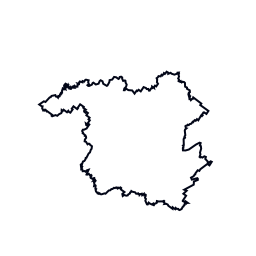 the district of Cowra, New South Wales, Australia, rotated 206°
{"feature_id": "25037944B9471741195126", "entity_name": "Cowra", "entity_type": "district", "adm_level": 2, "iso_a3": "AUS", "parent_name": "Australia", "parent_adm1": "New South Wales", "projection": "equal_earth", "projection_center": [148.827, -33.811], "detail": "fine", "context": "isolated", "style": "outline", "palette": "ink", "viewbox_px": 256, "rotation_deg": 206, "n_neighbors": 0, "source": "geoboundaries", "source_scale": "gbopen_adm2", "svg_char_len": 5810}
<svg xmlns="http://www.w3.org/2000/svg" viewBox="0 0 256 256"><g transform="rotate(206 128 128)"><path d="M218.1,110.2L215.0,109.7L214.3,110.0L213.8,108.1L211.9,106.6L211.4,107.6L210.5,107.2L210.0,108.2L208.4,107.3L208.2,107.7L201.9,106.6L202.0,105.5L201.3,105.3L198.8,107.8L196.9,108.0L196.0,110.2L194.5,112.1L194.6,114.2L195.2,114.3L195.5,115.1L194.1,114.8L193.9,116.2L189.7,115.4L189.2,117.3L187.9,116.5L186.5,116.5L185.9,120.4L187.0,120.7L186.5,123.6L181.9,122.7L181.7,123.7L182.1,123.8L181.4,128.3L177.0,127.6L177.1,126.6L174.1,126.0L175.1,124.7L174.6,123.5L172.9,123.1L172.7,124.3L170.6,123.9L171.0,121.2L167.0,120.4L167.3,118.5L165.7,118.2L166.3,114.6L164.3,114.2L164.5,113.0L167.8,113.6L166.8,112.3L164.6,112.5L165.0,109.4L166.7,107.3L167.8,106.7L167.9,105.2L166.3,104.0L166.4,103.5L163.2,102.7L163.3,102.0L162.0,101.9L161.3,100.8L161.7,98.8L161.1,97.0L159.7,97.2L157.2,95.6L156.6,96.6L155.7,96.9L154.8,96.3L152.4,95.8L151.6,93.3L151.9,92.1L151.5,89.4L152.2,87.8L152.3,83.0L152.9,82.6L152.5,81.1L152.8,79.2L153.8,78.1L153.4,75.1L154.0,75.2L154.4,74.4L153.5,73.0L153.0,73.6L152.2,73.3L152.4,71.7L152.0,71.7L151.8,70.3L150.9,70.7L149.8,69.3L148.1,70.3L147.0,70.1L146.5,71.8L145.1,73.2L144.9,68.0L144.3,68.1L143.1,69.6L141.1,68.6L140.6,69.6L140.0,69.4L139.8,68.6L140.1,67.3L139.6,66.8L137.3,66.7L137.2,67.6L136.4,68.2L135.8,67.1L136.0,65.9L135.0,67.0L134.0,66.4L134.2,65.2L134.8,64.3L133.5,62.7L133.1,61.2L132.3,62.2L131.9,62.1L130.8,59.3L129.9,59.2L130.0,58.2L129.0,57.0L127.8,56.4L126.8,56.7L126.5,55.9L125.4,56.0L124.9,56.9L123.9,56.4L122.7,56.8L120.5,58.9L119.4,59.1L117.9,63.4L116.6,64.3L116.2,65.8L115.2,66.4L114.4,68.1L113.4,68.2L112.6,69.4L111.0,69.0L110.8,70.1L109.8,69.9L108.8,71.3L107.8,71.1L107.6,69.8L106.8,69.5L103.1,68.9L104.2,66.2L102.9,64.6L102.1,66.1L99.9,66.4L98.7,67.3L98.7,68.3L97.6,70.0L97.9,70.9L97.4,71.5L97.4,72.8L96.3,72.6L93.5,73.3L91.8,72.5L90.2,73.7L89.7,73.1L88.8,73.6L88.3,72.9L88.0,73.9L86.8,75.0L85.8,73.8L84.9,75.7L84.7,75.3L83.9,75.6L83.7,74.8L82.7,75.5L82.3,74.7L82.5,74.2L82.1,72.7L80.8,72.1L80.5,70.2L77.5,67.7L76.8,67.9L76.7,70.0L76.0,69.8L76.0,69.3L75.6,69.7L73.2,69.7L72.5,70.7L72.3,70.0L71.7,69.9L71.6,70.5L71.4,69.9L70.9,70.0L70.9,71.6L69.4,73.2L70.0,75.0L69.6,75.1L69.3,74.2L69.0,75.0L64.8,77.2L63.8,78.3L63.4,78.2L63.2,76.8L61.8,76.5L61.9,75.7L60.5,76.6L58.7,76.6L57.7,75.8L52.5,74.9L53.0,76.3L49.8,75.7L49.5,76.5L50.0,76.5L50.0,77.0L49.1,76.6L47.4,77.3L46.7,76.8L45.6,76.9L44.3,78.7L44.3,80.8L43.7,81.9L44.0,82.8L43.4,83.5L43.8,84.8L43.4,84.7L43.0,85.9L42.5,85.8L42.5,86.3L41.4,86.9L44.4,87.4L44.5,86.4L46.7,86.3L46.9,86.7L46.1,92.6L49.4,93.2L47.8,97.3L50.4,97.2L44.1,105.9L45.3,108.8L42.5,111.9L43.0,113.0L43.7,113.3L48.0,109.6L49.6,111.0L47.9,113.4L47.7,115.5L47.2,115.8L47.5,117.0L46.8,120.6L45.1,120.7L44.9,122.7L40.9,130.5L38.4,130.1L37.9,134.3L39.1,134.3L40.5,131.7L41.1,131.8L41.6,132.8L45.0,134.1L45.3,136.1L47.0,136.0L48.2,134.0L49.7,134.0L50.2,133.2L51.0,133.4L51.4,136.2L52.5,137.4L53.2,141.5L54.6,143.7L55.7,143.8L56.1,146.3L57.2,146.2L59.6,143.0L63.9,135.3L66.5,133.0L68.8,132.0L69.8,133.8L70.0,134.4L69.6,134.6L70.3,136.4L70.8,136.5L70.4,137.2L73.1,142.3L73.2,143.4L72.6,143.7L72.5,144.4L73.5,145.2L73.3,146.6L75.8,150.5L76.0,151.7L75.3,153.3L75.8,153.2L77.2,154.8L76.7,155.7L75.9,156.2L75.8,157.1L74.7,157.2L74.2,158.6L73.0,159.6L72.6,161.9L72.0,161.8L71.7,163.7L71.4,164.4L70.3,164.2L69.9,166.2L68.2,165.7L67.8,171.1L66.8,171.0L66.5,172.1L67.4,172.3L67.0,175.0L66.4,175.0L66.2,175.4L63.7,175.0L63.2,178.6L73.1,180.3L72.8,182.1L82.8,184.1L82.7,183.3L82.2,183.0L83.1,182.3L83.7,180.6L84.5,181.3L85.4,180.9L85.8,181.5L86.1,183.9L87.1,184.0L87.3,183.4L88.5,184.8L87.9,185.3L88.8,186.5L88.1,187.4L89.0,188.9L92.2,189.1L92.7,190.2L94.8,190.2L96.6,193.5L97.9,193.9L99.2,193.4L99.6,192.7L100.1,193.2L100.9,192.5L101.4,193.2L102.2,192.3L103.1,192.3L103.5,194.0L104.6,194.5L104.7,196.6L106.0,198.1L106.0,199.2L106.5,199.5L106.6,200.1L107.8,199.4L107.6,198.4L109.7,196.3L112.6,195.9L113.9,196.3L115.6,194.3L116.2,195.4L118.0,195.5L118.3,193.3L119.6,193.2L119.3,192.6L119.7,192.6L120.1,190.3L121.2,190.5L121.3,188.7L123.3,188.0L123.4,186.6L124.1,185.3L123.0,184.3L122.0,181.8L120.4,180.9L120.9,177.7L122.3,177.9L122.6,175.9L122.2,175.4L124.5,175.8L123.8,174.3L124.6,173.7L124.9,171.1L125.6,170.8L126.9,172.0L128.3,171.2L129.3,171.8L131.9,171.6L132.6,166.5L135.2,167.0L135.8,165.3L136.6,165.4L137.2,161.8L140.7,163.6L144.3,162.2L146.8,162.5L147.4,161.6L147.5,160.5L148.2,160.2L148.6,161.9L147.8,164.1L148.2,166.4L150.0,167.7L151.0,169.3L151.6,169.4L153.0,168.2L154.9,169.8L155.4,170.9L156.7,171.1L157.8,170.2L157.6,168.7L158.1,167.9L160.9,168.4L162.9,167.8L163.4,164.6L165.5,163.0L164.9,161.0L165.1,157.3L165.5,156.6L169.6,156.9L171.4,158.8L173.5,158.9L174.0,157.8L173.9,154.9L176.0,153.0L179.0,153.6L179.5,152.9L179.5,151.1L181.3,148.8L182.2,148.4L183.2,148.7L182.4,150.3L183.9,151.7L184.3,153.6L187.0,153.0L187.5,152.4L187.7,150.5L189.3,150.3L188.9,149.1L191.6,148.7L191.5,147.6L191.9,147.4L191.4,146.2L192.7,145.9L191.6,145.3L192.3,144.3L191.6,143.0L193.1,142.0L194.7,142.6L195.2,141.6L194.9,141.1L195.7,140.5L194.8,140.3L195.9,139.9L195.7,139.1L196.2,139.7L196.3,138.8L196.9,139.1L196.5,138.3L196.7,138.0L197.8,137.8L197.7,138.2L198.7,138.3L199.2,139.1L199.7,138.8L200.7,140.1L200.8,138.3L201.6,139.1L201.4,139.7L202.0,139.3L201.7,140.3L202.8,140.4L202.4,139.4L203.7,139.9L204.1,138.3L203.7,137.6L203.1,138.1L202.1,137.4L202.5,137.1L202.3,136.4L201.5,135.6L202.7,135.7L202.6,135.0L204.0,135.0L203.9,134.6L203.0,134.4L203.6,134.1L203.8,133.0L202.8,131.0L203.3,130.7L203.0,130.1L203.7,129.9L203.7,129.0L203.2,128.6L203.8,128.1L203.4,126.8L204.3,126.4L203.8,125.9L204.5,125.2L204.3,124.6L205.6,125.0L206.6,124.7L207.7,125.7L210.8,123.3L211.0,121.8L211.8,121.2L213.6,115.2L215.3,115.1L218.1,110.2Z" fill="none" stroke="#020617" stroke-width="2"/></g></svg>